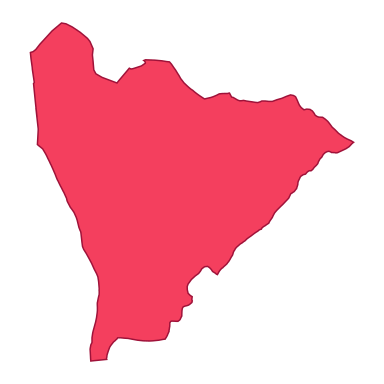 outline of Bonneterre, Gros Islet, Saint Lucia
{"feature_id": "8701671B46527115488152", "entity_name": "Bonneterre", "entity_type": "district", "adm_level": 2, "iso_a3": "LCA", "parent_name": "Saint Lucia", "parent_adm1": "Gros Islet", "projection": "mercator", "projection_center": [-60.94, 14.069], "detail": "fine", "context": "isolated", "style": "filled", "palette": "rose", "viewbox_px": 384, "rotation_deg": 0, "n_neighbors": 0, "source": "geoboundaries", "source_scale": "gbopen_adm2", "svg_char_len": 5127}
<svg xmlns="http://www.w3.org/2000/svg" viewBox="0 0 384 384"><path d="M143.8,60.5L144.4,60.9L145.3,62.2L145.3,63.2L141.6,65.8L140.6,66.2L135.7,67.8L132.8,68.7L131.0,69.0L129.3,68.2L118.5,81.0L117.0,83.0L102.1,77.4L95.9,73.8L93.8,69.9L93.1,61.7L92.4,54.9L93.1,48.8L90.0,41.6L87.5,38.4L80.2,32.3L72.3,27.0L66.0,23.8L61.5,23.0L52.1,30.9L45.9,37.7L40.0,44.1L35.8,49.5L33.0,51.7L30.6,52.4L30.4,52.5L31.0,58.6L32.2,67.2L32.4,69.7L34.3,82.5L33.5,83.6L33.7,85.0L34.1,89.2L35.5,103.2L37.0,117.0L35.9,108.0L38.2,128.7L38.2,130.3L37.8,137.7L37.4,144.5L37.7,144.8L39.0,145.9L40.9,147.4L42.7,148.9L43.7,150.6L44.9,152.6L45.7,154.0L46.9,156.3L47.6,157.9L49.6,161.9L50.4,163.7L51.0,164.8L52.4,167.9L55.1,174.1L56.4,177.5L57.3,179.7L58.0,180.9L58.8,182.6L60.6,186.3L61.2,187.3L63.3,191.5L63.8,192.3L66.0,197.2L66.4,197.9L66.6,198.7L67.0,200.5L67.4,201.6L70.4,207.4L71.5,208.8L72.5,210.2L74.0,212.4L76.3,217.5L77.2,220.3L78.9,227.3L80.1,230.5L80.3,230.8L80.7,231.8L80.9,232.7L82.0,242.6L82.5,246.4L82.8,247.2L83.7,249.4L86.4,253.7L89.1,258.6L91.6,263.3L94.3,269.3L95.1,270.8L96.6,273.7L97.7,276.4L97.9,276.9L98.1,278.3L98.4,280.1L98.6,281.5L98.8,283.6L99.2,288.8L99.1,290.3L99.2,291.2L99.2,293.5L99.1,295.0L98.8,295.8L98.2,298.5L97.5,302.1L97.3,302.9L97.3,304.8L97.4,307.3L97.4,310.4L97.2,312.7L96.5,317.8L95.6,322.1L93.2,330.9L92.7,333.0L92.0,337.8L92.0,342.5L91.2,344.1L90.8,345.0L90.6,346.2L90.5,346.8L90.4,347.2L90.2,348.5L90.1,349.2L90.5,356.2L90.6,358.6L90.8,361.0L106.6,359.4L106.4,359.1L106.5,358.7L106.8,357.1L106.9,356.1L107.0,355.2L107.1,354.8L107.8,352.5L108.5,350.4L109.1,348.8L109.5,347.7L109.7,347.2L110.7,345.6L112.8,342.9L113.6,341.9L115.3,340.5L115.9,339.8L116.9,339.0L117.1,338.6L117.7,337.8L120.9,337.8L124.7,338.2L128.0,338.4L131.6,339.1L137.6,340.2L143.3,340.8L149.6,341.0L153.0,340.8L158.9,340.2L163.0,339.4L165.2,339.1L165.8,338.0L166.2,337.5L167.4,335.3L167.6,334.6L168.9,331.7L169.1,331.1L169.0,330.2L169.2,329.6L169.3,329.0L169.4,328.5L169.4,328.0L169.6,327.2L169.7,326.7L169.8,324.7L169.8,323.2L169.8,322.8L170.3,322.0L170.9,321.3L171.3,321.2L172.1,321.1L174.9,321.2L176.0,321.3L176.7,321.3L178.0,321.3L179.2,320.4L179.5,320.2L180.0,319.6L180.4,318.9L181.3,316.9L181.7,316.3L181.8,315.6L181.8,314.5L181.9,311.8L182.0,310.3L182.3,308.6L182.4,308.2L183.2,306.9L183.7,306.6L185.3,306.0L186.8,305.7L188.3,305.2L189.7,304.4L190.3,303.8L191.3,303.0L191.8,302.6L192.0,302.2L192.1,301.3L192.3,300.9L191.9,299.8L191.9,299.4L192.0,298.0L192.2,296.7L190.2,295.4L188.1,293.3L187.3,289.9L187.2,286.6L188.1,284.0L191.4,279.5L195.3,275.9L198.6,273.5L200.4,271.2L201.8,268.8L204.6,266.7L207.6,266.4L209.5,267.6L211.3,269.5L212.6,271.5L214.9,272.9L216.5,274.2L217.4,274.6L218.1,273.4L218.6,272.4L219.6,270.8L220.5,269.7L221.4,268.7L222.2,268.0L222.6,267.9L223.6,266.8L226.0,264.7L227.1,263.6L227.7,262.6L228.3,262.0L228.8,261.4L229.1,260.8L229.9,259.6L231.2,257.2L232.5,255.2L232.9,254.0L233.4,252.2L234.0,251.0L234.9,249.7L235.3,248.7L236.8,247.0L238.0,246.0L238.9,245.2L240.1,244.1L240.7,243.7L242.1,242.9L243.7,241.6L244.9,240.9L246.1,239.7L247.0,238.8L249.2,237.2L251.1,235.9L254.2,233.5L256.1,232.2L257.9,231.1L259.0,230.1L260.1,229.5L261.3,229.2L261.6,228.7L261.8,228.1L262.5,227.5L263.4,226.7L264.4,226.1L265.3,225.6L266.6,224.6L268.3,223.5L268.7,223.3L268.9,222.9L269.1,222.4L269.8,221.1L270.9,219.5L272.1,217.8L272.3,217.5L273.1,215.7L274.6,212.9L275.6,211.7L276.9,210.2L281.0,206.1L282.3,204.9L283.0,204.2L284.7,202.4L288.7,198.2L288.8,197.9L289.2,197.1L289.8,195.8L290.1,195.2L290.5,194.2L291.0,193.6L292.1,193.0L293.1,192.2L293.3,192.1L293.9,191.8L294.5,191.2L295.4,190.0L296.0,189.2L296.6,188.7L296.6,188.4L296.9,187.4L297.3,186.2L297.6,185.2L297.8,184.5L297.9,182.8L298.2,181.5L298.5,180.8L299.0,179.7L299.7,178.4L299.8,177.8L300.6,176.6L300.8,176.3L303.2,174.7L305.5,174.1L307.1,172.2L308.4,171.2L309.5,170.7L311.0,170.8L312.7,169.5L314.2,167.4L316.3,165.4L317.8,163.6L318.3,162.0L319.6,159.6L320.3,158.5L321.6,157.4L323.3,154.4L325.1,152.7L326.9,151.7L328.8,151.3L330.4,151.8L331.5,152.5L334.6,152.6L335.9,152.9L337.5,152.7L342.2,150.5L346.0,148.7L349.2,146.6L352.2,143.4L353.6,142.3L351.2,140.8L349.2,139.9L347.2,139.0L344.4,137.5L342.2,136.0L338.5,133.3L334.9,129.6L332.1,127.1L330.3,124.6L327.8,121.4L325.2,119.1L322.6,117.3L318.7,117.1L316.7,116.3L315.0,115.0L314.2,113.4L312.4,111.0L310.0,109.4L306.7,109.1L304.0,109.8L301.2,107.6L299.4,105.2L298.2,102.6L297.3,100.4L295.7,97.0L295.2,96.5L293.5,95.5L290.5,94.9L286.3,96.4L281.9,98.3L277.0,99.7L272.4,101.4L268.7,101.4L265.1,101.0L261.8,101.0L260.2,101.8L257.7,102.6L255.0,102.3L251.8,101.8L246.3,101.0L243.5,100.4L241.8,100.7L239.8,100.8L237.7,100.1L235.5,98.8L233.1,97.4L231.6,97.1L229.5,93.1L229.3,93.0L229.0,93.1L227.5,93.5L225.6,93.5L224.4,93.5L221.7,93.6L219.2,93.9L216.5,95.3L213.2,96.7L210.8,97.5L204.6,98.9L204.3,98.8L202.3,97.5L199.3,95.5L197.5,94.2L196.3,93.3L194.4,91.8L192.7,90.3L191.0,89.2L189.4,87.9L187.8,86.5L185.8,84.6L184.0,82.9L182.1,80.4L180.7,78.6L178.9,75.4L177.6,73.4L175.6,70.1L173.8,67.6L171.5,64.2L169.5,61.9L166.8,61.6L161.8,60.8L155.3,60.2L150.9,60.0L145.5,59.8L143.8,60.5Z" fill="#f43f5e" stroke="#9f1239" stroke-width="1.5"/></svg>